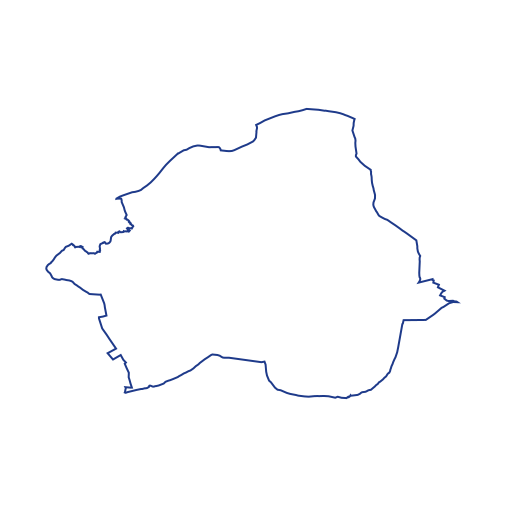 the district of Daia Romana, Alba, Romania, rotated 8°
{"feature_id": "2599482B67835289097180", "entity_name": "Daia Romana", "entity_type": "district", "adm_level": 2, "iso_a3": "ROU", "parent_name": "Romania", "parent_adm1": "Alba", "projection": "equal_earth", "projection_center": [23.647, 46.004], "detail": "fine", "context": "isolated", "style": "outline", "palette": "blue", "viewbox_px": 512, "rotation_deg": 8, "n_neighbors": 0, "source": "geoboundaries", "source_scale": "gbopen_adm2", "svg_char_len": 6026}
<svg xmlns="http://www.w3.org/2000/svg" viewBox="0 0 512 512"><g transform="rotate(8 256 256)"><path d="M367.5,382.9L368.4,382.0L369.0,380.8L369.3,381.2L376.0,379.4L378.1,378.0L379.0,376.9L380.1,376.1L383.1,375.3L384.2,374.7L385.6,373.6L387.0,372.9L388.3,372.6L392.0,368.5L392.6,367.5L394.5,365.6L395.3,364.0L396.3,363.3L398.9,360.5L400.1,358.7L401.6,357.1L402.7,354.6L403.6,353.4L404.2,353.1L404.8,351.3L404.9,349.7L405.2,348.5L405.5,346.4L406.3,343.8L406.6,342.1L407.5,338.9L408.2,336.9L409.2,331.7L409.5,326.7L410.4,303.0L410.8,302.5L411.1,299.0L433.0,295.7L439.6,289.7L441.3,288.0L447.0,281.5L448.8,280.3L453.8,275.9L457.7,274.1L461.9,273.7L460.9,273.2L458.8,273.3L457.3,272.9L452.9,273.8L451.1,273.6L448.4,272.0L448.6,270.5L443.8,269.4L444.6,267.2L445.3,266.0L446.2,264.9L447.0,264.5L447.5,264.1L440.5,261.7L441.1,259.0L435.3,257.7L435.4,255.5L433.9,255.1L433.9,254.4L420.8,259.7L421.5,258.2L421.9,256.5L421.8,255.5L421.4,254.7L421.0,254.3L420.5,252.7L420.0,250.0L418.9,238.5L418.5,236.8L418.3,234.8L418.6,233.1L417.5,231.8L416.5,230.4L415.7,229.1L414.7,226.0L414.4,223.9L412.6,218.2L402.5,212.8L399.1,211.1L397.7,210.5L394.3,208.6L389.7,206.2L384.7,203.8L382.4,202.6L380.9,201.9L378.4,201.4L375.6,200.4L372.6,199.2L372.0,198.7L371.4,198.1L369.6,195.7L368.9,195.1L367.4,193.0L366.1,191.3L365.4,190.0L365.0,188.7L364.9,186.6L365.5,183.9L365.8,182.4L365.4,179.1L365.0,178.0L363.4,174.3L363.0,172.9L362.4,171.5L361.9,170.5L360.8,167.6L360.4,166.1L360.0,164.4L359.5,161.7L359.1,160.4L358.5,158.8L358.2,156.4L357.7,155.5L357.6,154.7L351.1,151.5L346.2,148.2L344.0,146.0L341.1,143.6L340.9,142.2L341.3,140.6L339.3,133.8L338.6,130.2L338.5,127.9L337.9,125.8L337.0,124.4L334.0,118.3L334.5,113.5L334.2,110.7L334.4,107.6L334.6,106.6L332.7,106.0L327.2,104.5L324.6,104.0L322.8,103.5L319.5,102.9L315.2,102.5L307.7,102.5L304.7,102.4L303.7,102.6L297.6,102.5L285.6,103.3L281.9,105.1L278.0,106.7L274.1,107.9L267.8,110.3L262.5,111.8L259.3,113.1L255.5,115.0L245.8,120.5L241.5,123.8L237.9,126.2L239.0,128.1L239.2,129.3L239.0,132.5L239.2,132.9L239.5,138.8L238.2,141.5L237.1,143.0L231.8,146.8L226.9,149.6L219.8,154.2L217.6,155.3L215.5,155.8L213.0,156.1L206.4,156.3L206.0,155.3L205.1,154.1L204.1,153.4L203.3,153.4L200.2,153.9L194.2,154.8L184.8,154.5L182.4,154.8L178.6,156.2L175.0,158.4L172.5,160.4L169.7,161.4L164.3,165.7L164.2,165.6L157.7,173.6L154.3,178.1L152.2,181.4L148.7,187.4L146.6,190.7L144.4,193.9L141.4,197.9L138.3,201.3L134.9,204.4L132.9,206.6L130.7,207.9L127.4,209.3L124.5,210.1L116.1,214.4L113.0,216.1L109.8,218.6L109.8,218.8L110.3,218.6L113.0,218.1L114.5,218.0L114.7,218.3L115.2,219.5L115.5,221.3L118.5,226.3L119.4,228.6L120.2,230.2L122.2,233.4L121.2,236.0L121.5,236.3L121.8,236.4L121.9,236.7L121.4,237.2L121.8,237.3L122.3,237.2L122.8,237.9L123.0,237.8L123.5,237.8L124.9,238.6L125.7,239.3L125.3,239.9L125.6,240.2L126.0,240.5L126.7,240.6L127.1,240.7L127.3,241.0L127.0,241.5L127.2,241.9L127.9,241.9L128.3,242.2L128.6,242.7L129.9,243.0L130.3,243.6L130.0,244.0L129.5,245.4L129.2,245.5L129.1,246.1L127.4,246.0L126.9,246.1L126.3,246.1L125.3,245.8L124.4,246.6L126.0,248.3L127.0,248.1L127.4,248.4L127.1,248.7L126.9,249.2L126.6,249.6L125.1,249.4L124.6,249.7L123.8,249.6L122.4,250.0L121.9,249.9L121.6,249.8L121.4,250.6L121.0,250.8L119.3,251.2L118.2,251.3L117.4,250.6L116.5,251.1L116.2,251.5L116.3,252.2L115.2,252.2L114.5,252.4L113.7,252.4L113.3,253.5L112.2,254.1L111.9,254.6L111.1,255.4L110.4,256.4L109.9,257.5L109.9,257.8L109.9,261.2L109.7,262.0L108.8,263.4L107.5,264.3L105.7,264.7L104.9,263.9L104.6,263.8L104.4,263.4L104.0,263.3L103.7,263.4L103.2,264.2L102.5,264.2L102.4,264.3L102.2,264.7L100.5,265.7L100.2,266.0L99.8,268.1L100.6,270.9L100.6,271.4L100.4,271.8L100.9,272.5L100.7,272.9L100.7,273.7L99.3,273.8L98.9,273.7L98.5,274.0L98.2,274.0L98.2,274.4L98.0,274.8L97.0,275.5L96.6,275.7L96.2,276.2L95.1,275.8L92.2,276.3L92.1,276.2L91.2,276.3L90.3,276.9L89.8,276.9L89.7,277.0L89.3,276.7L88.9,276.1L88.2,275.7L87.8,275.6L87.3,275.2L86.2,274.8L85.2,274.0L84.2,273.1L83.3,272.4L83.1,272.5L82.7,272.0L82.8,271.9L83.0,271.2L81.1,270.5L80.5,270.8L80.7,271.2L80.5,271.7L79.4,271.5L77.8,271.8L76.5,272.1L75.7,272.6L75.3,272.2L75.0,271.5L74.3,271.0L73.5,270.8L73.5,270.4L71.8,269.5L69.1,271.9L66.4,273.4L65.6,274.7L64.9,276.4L64.6,276.9L63.1,277.8L62.4,278.8L61.5,280.2L58.3,283.4L57.1,285.4L56.2,287.5L55.0,289.6L54.0,290.8L54.0,291.1L53.5,291.8L52.4,292.6L51.1,294.0L50.1,296.1L50.1,297.8L50.6,298.8L52.3,300.5L54.5,301.8L56.4,304.3L56.8,305.1L57.6,305.9L58.7,306.5L59.8,306.9L63.3,307.1L64.5,307.0L65.4,306.7L66.4,306.1L67.0,305.9L69.9,306.0L71.6,306.2L74.5,306.2L76.7,306.6L78.0,307.1L80.3,309.0L82.6,310.0L84.2,310.9L86.2,311.8L89.3,313.6L93.1,315.2L94.3,315.6L95.9,316.6L96.6,316.8L106.3,316.1L107.6,315.8L112.2,323.9L112.9,325.7L113.5,327.9L116.2,335.8L112.8,337.3L109.0,338.5L109.2,339.7L113.8,349.2L119.1,354.8L122.7,358.9L130.3,367.2L122.6,372.9L128.8,378.4L135.8,372.9L139.1,377.3L142.0,379.6L141.0,380.9L143.5,385.0L146.3,389.3L146.8,393.8L148.0,396.3L149.5,399.8L151.4,403.6L150.3,403.8L144.9,404.1L145.5,405.0L145.3,406.4L145.2,409.1L145.1,409.4L146.0,409.6L147.7,408.7L156.5,405.2L160.7,403.7L161.9,403.5L164.5,402.4L165.1,402.4L166.5,401.9L166.9,401.6L167.1,401.4L168.1,400.7L168.4,399.4L168.6,399.2L169.5,399.1L172.0,399.7L172.9,399.6L173.4,399.4L174.3,398.9L175.0,398.8L177.6,397.8L182.1,395.3L182.5,395.0L183.6,393.5L184.3,392.9L186.7,391.6L188.1,391.0L190.8,389.5L194.5,387.3L195.6,386.6L196.4,385.8L197.5,385.0L198.5,384.3L200.9,382.3L202.8,381.2L205.1,379.5L207.0,378.5L209.7,376.0L211.7,373.5L214.0,371.4L215.3,369.7L219.7,365.3L222.4,363.0L225.2,360.4L226.5,359.6L231.6,359.4L234.0,359.8L236.1,360.8L237.5,361.2L239.4,361.1L243.6,360.5L276.2,360.4L279.1,359.4L280.6,362.2L282.2,369.2L283.5,372.8L286.3,377.6L288.4,379.0L293.1,383.7L295.9,385.4L299.1,385.5L305.6,387.3L309.0,387.8L315.0,388.1L317.2,388.4L323.5,388.3L327.7,388.0L333.1,386.7L336.4,386.1L337.9,386.0L342.4,385.2L347.4,384.8L354.2,385.3L356.5,384.0L360.4,384.5L365.5,384.1L366.2,383.2L367.0,382.5L367.5,382.9Z" fill="none" stroke="#1e3a8a" stroke-width="2"/></g></svg>